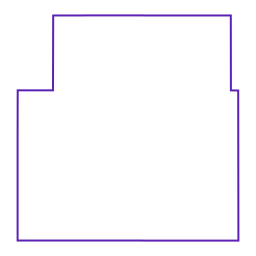 the district of Nelson, North Dakota, United States of America
{"feature_id": "52423323B93170673506058", "entity_name": "Nelson", "entity_type": "district", "adm_level": 2, "iso_a3": "USA", "parent_name": "United States of America", "parent_adm1": "North Dakota", "projection": "robinson", "projection_center": [-98.234, 47.934], "detail": "fine", "context": "isolated", "style": "outline", "palette": "violet", "viewbox_px": 256, "rotation_deg": 0, "n_neighbors": 0, "source": "geoboundaries", "source_scale": "gbopen_adm2", "svg_char_len": 280}
<svg xmlns="http://www.w3.org/2000/svg" viewBox="0 0 256 256"><path d="M203.2,240.6L238.4,240.6L238.2,90.5L230.9,90.4L230.8,15.5L97.7,15.4L53.2,15.5L53.0,90.3L17.7,90.3L17.6,136.0L17.6,165.6L17.6,240.5L26.2,240.5L203.2,240.6Z" fill="none" stroke="#5b21b6" stroke-width="2"/></svg>